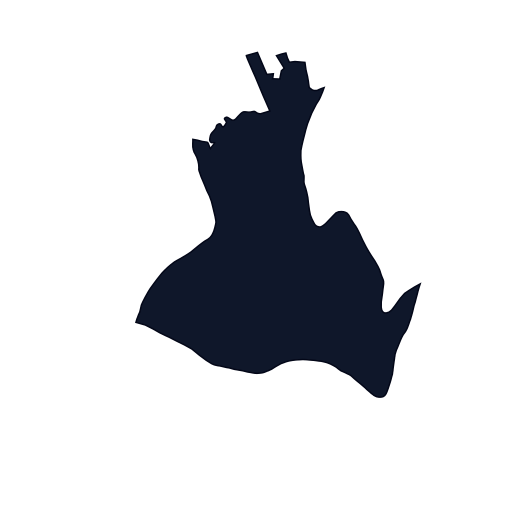 Xuan Truong, Nam Định, Vietnam (Robinson projection), rotated 153°
{"feature_id": "81297802B91982413663988", "entity_name": "Xuan Truong", "entity_type": "district", "adm_level": 2, "iso_a3": "VNM", "parent_name": "Vietnam", "parent_adm1": "Nam Định", "projection": "robinson", "projection_center": [106.347, 20.297], "detail": "fine", "context": "isolated", "style": "filled", "palette": "ink", "viewbox_px": 512, "rotation_deg": 153, "n_neighbors": 0, "source": "geoboundaries", "source_scale": "gbopen_adm2", "svg_char_len": 5046}
<svg xmlns="http://www.w3.org/2000/svg" viewBox="0 0 512 512"><g transform="rotate(153 256 256)"><path d="M393.1,251.4L390.3,248.8L386.0,244.8L380.8,237.7L376.6,231.3L372.6,226.0L370.2,223.0L365.3,216.2L360.2,209.4L355.4,202.3L351.6,193.6L347.7,185.7L344.4,180.2L342.6,178.0L339.9,175.7L338.0,174.4L332.8,170.0L330.7,168.5L329.5,167.4L327.8,165.8L326.3,164.5L324.6,163.3L324.5,163.2L322.1,161.4L319.7,159.6L316.3,156.6L313.3,154.4L312.2,153.5L310.4,152.2L308.4,151.0L305.7,149.9L304.4,149.4L302.8,148.9L301.6,148.7L299.8,148.5L298.1,148.4L297.1,148.2L296.1,148.2L294.2,148.1L293.6,148.1L293.2,148.1L290.4,148.4L287.9,148.6L285.0,148.7L282.7,148.8L281.0,148.6L279.5,148.4L277.5,148.2L276.0,147.9L274.5,147.6L272.8,147.1L270.9,146.5L269.2,145.9L267.1,145.1L264.2,143.8L261.4,142.6L258.4,140.9L256.8,139.9L255.4,139.0L251.8,136.8L249.9,135.5L247.8,134.0L245.9,132.8L244.4,131.6L242.4,129.9L241.1,128.7L240.1,127.6L238.6,125.9L238.0,125.0L237.1,123.8L236.3,122.6L235.5,121.4L234.8,120.2L233.9,118.1L232.4,115.1L231.2,113.7L229.5,111.6L228.4,110.1L227.5,108.9L226.8,108.1L225.7,106.3L224.1,102.1L222.9,99.2L222.2,97.6L221.5,96.1L218.6,89.1L217.8,86.7L216.1,82.6L216.0,82.2L215.4,80.8L214.8,79.7L214.2,78.3L213.2,76.9L212.2,75.7L210.6,74.5L209.3,73.8L208.0,73.3L206.7,73.0L205.7,73.1L204.8,73.2L203.9,73.6L202.9,74.1L201.2,75.4L198.6,77.8L197.0,79.4L193.6,82.8L192.1,84.4L189.9,86.9L188.2,88.7L187.0,90.5L186.1,91.7L185.1,93.3L184.0,94.9L182.2,97.5L180.6,99.8L179.3,101.6L178.6,102.7L178.2,103.2L177.6,104.0L177.0,105.0L174.7,107.4L173.5,108.6L171.9,109.9L170.6,111.0L168.9,112.5L167.5,113.7L165.3,115.6L163.3,117.2L160.6,119.1L157.2,120.8L154.6,122.6L153.3,123.7L150.7,126.1L148.8,128.0L147.3,129.3L144.9,131.9L144.2,132.6L141.5,135.6L137.6,140.2L135.1,142.7L132.4,145.8L130.2,148.2L127.7,151.1L125.1,153.9L122.4,156.6L128.8,156.4L135.7,155.8L140.5,155.2L146.8,152.7L154.9,148.5L159.8,146.2L162.9,145.6L165.8,146.1L167.3,146.9L168.0,147.9L168.4,149.0L168.5,149.9L168.4,151.2L167.7,153.5L165.2,158.3L160.5,165.0L158.4,168.2L156.4,171.1L154.9,173.3L153.9,175.4L153.7,176.1L153.5,177.1L153.2,180.8L153.0,182.6L152.2,187.5L152.1,191.2L152.4,197.7L153.1,203.7L153.5,208.3L153.7,211.6L153.8,214.5L153.8,222.1L153.5,229.4L153.5,234.2L153.7,237.4L154.1,239.8L154.7,245.8L154.8,250.3L155.4,252.8L156.4,254.2L157.8,255.6L159.9,256.9L162.4,257.9L165.1,258.1L168.8,256.9L174.8,254.8L178.8,253.4L179.4,253.2L182.5,252.6L184.5,252.5L185.8,252.7L187.1,253.7L188.5,255.1L189.3,257.3L189.4,259.6L189.4,263.7L189.0,267.8L187.7,272.4L185.1,279.8L183.3,284.5L182.0,289.3L181.8,290.1L181.1,293.3L180.4,297.8L180.4,298.0L179.7,300.2L177.8,303.7L176.8,305.7L176.3,308.2L175.4,311.3L173.0,319.3L171.9,322.1L170.4,325.3L168.1,329.6L167.2,330.8L165.0,333.6L161.9,337.3L156.8,343.1L154.3,346.0L149.9,350.6L141.4,358.1L133.4,363.9L128.7,366.7L126.6,368.3L122.2,372.0L118.9,375.1L119.8,375.2L120.8,375.4L124.2,375.7L125.5,375.7L126.7,375.9L128.6,376.8L129.9,377.8L130.5,378.5L132.1,381.9L130.8,385.8L130.1,387.7L128.8,391.9L128.6,392.5L127.8,395.9L126.9,399.4L124.5,406.3L132.9,411.5L133.1,411.6L138.3,413.5L138.1,418.1L137.2,423.3L138.0,423.5L141.8,424.4L146.8,425.2L145.6,410.5L149.3,409.5L154.5,402.9L160.8,406.4L160.5,406.6L157.8,410.5L163.9,412.9L162.3,436.7L173.6,439.0L173.7,438.9L174.1,435.5L175.0,421.5L175.3,415.6L176.8,395.9L177.8,378.9L187.6,380.7L188.8,381.6L189.9,382.6L191.3,385.0L191.7,385.5L192.2,385.8L193.5,386.2L195.4,386.7L196.6,387.2L197.4,387.6L199.9,389.2L201.4,390.0L202.7,390.2L203.4,390.1L204.9,389.8L208.7,388.5L211.8,387.3L213.1,387.1L214.1,387.1L214.8,387.5L215.5,387.8L216.4,389.1L217.2,390.5L218.4,392.4L219.3,393.1L220.8,393.2L221.5,392.9L221.8,392.6L221.9,392.0L221.8,391.6L221.6,389.7L221.6,388.7L221.7,388.4L221.9,388.1L222.5,387.8L223.8,387.0L224.7,386.5L226.3,385.9L226.7,385.9L226.9,386.1L227.2,386.5L227.5,387.5L227.6,389.1L227.9,389.9L228.6,390.4L229.6,390.6L230.9,390.5L231.7,390.2L232.5,389.5L233.6,388.3L234.7,387.6L236.8,386.7L239.3,385.8L240.9,384.9L242.1,383.8L243.3,382.3L244.5,380.6L244.8,379.8L244.8,379.1L244.7,378.3L244.5,377.7L244.0,377.1L242.9,376.6L241.4,375.8L242.4,375.0L246.3,373.2L247.9,372.3L248.0,372.6L248.0,373.4L247.8,374.6L247.5,377.7L247.5,378.9L247.9,379.6L252.1,382.6L255.5,385.7L259.3,388.6L260.1,387.0L261.4,384.7L262.8,381.8L263.6,379.1L264.0,376.4L263.9,375.4L263.9,373.5L263.9,370.9L264.5,367.2L265.4,363.9L266.7,360.8L267.7,359.0L268.1,357.5L268.3,355.8L268.9,351.6L269.5,343.1L269.9,338.7L270.1,336.6L270.2,330.6L270.9,324.9L272.4,318.4L274.5,309.8L275.7,305.8L276.4,304.1L277.7,302.4L280.0,299.7L280.5,299.2L282.3,297.3L284.4,295.6L286.1,294.4L288.8,293.2L291.5,292.7L295.1,292.5L298.8,291.9L303.0,291.1L307.1,290.2L312.0,289.1L315.0,288.7L319.4,288.3L319.8,288.3L324.8,288.0L328.3,287.9L331.4,287.7L335.7,286.9L339.5,286.0L343.9,284.7L347.6,283.4L351.8,281.5L354.2,280.4L358.9,278.1L365.0,275.0L368.3,273.0L373.7,269.4L377.8,266.4L380.4,264.3L383.2,260.9L385.0,258.8L386.9,257.3L387.2,257.0L387.4,256.9L389.3,255.1L390.6,254.0L393.1,251.4Z" fill="#0f172a" stroke="#020617" stroke-width="1.5"/></g></svg>